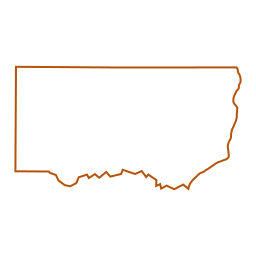 the district of Clinton, Iowa, United States of America
{"feature_id": "52423323B69668368996820", "entity_name": "Clinton", "entity_type": "district", "adm_level": 2, "iso_a3": "USA", "parent_name": "United States of America", "parent_adm1": "Iowa", "projection": "orthographic", "projection_center": [-90.349, 41.881], "detail": "fine", "context": "isolated", "style": "outline", "palette": "amber", "viewbox_px": 256, "rotation_deg": 0, "n_neighbors": 0, "source": "geoboundaries", "source_scale": "gbopen_adm2", "svg_char_len": 1089}
<svg xmlns="http://www.w3.org/2000/svg" viewBox="0 0 256 256"><path d="M15.8,101.6L15.4,171.3L48.7,171.5L49.9,172.9L55.9,175.0L58.5,180.5L64.7,185.1L70.2,186.3L76.4,183.0L78.7,177.3L87.0,174.6L88.8,178.0L95.0,174.1L99.2,177.7L106.3,172.0L110.3,176.6L121.1,174.0L122.7,169.8L135.1,174.0L141.7,171.0L146.2,177.1L148.3,174.6L156.4,180.1L156.2,185.9L160.1,184.1L161.2,188.6L166.6,185.6L174.2,189.2L183.2,184.6L188.4,188.8L188.8,186.6L190.1,183.5L192.5,180.3L199.7,173.4L204.2,171.5L205.6,170.3L208.6,168.5L210.4,167.2L216.4,163.1L218.0,162.3L226.6,159.1L228.4,157.6L228.7,156.7L228.8,155.6L228.4,151.4L227.8,147.2L227.8,145.9L228.4,143.1L228.5,142.6L230.4,139.0L231.0,137.5L231.1,134.0L231.9,129.9L233.3,127.0L235.7,121.3L236.7,117.9L236.8,114.3L237.2,109.0L237.3,108.1L237.0,107.3L235.7,105.3L234.6,104.2L233.6,102.6L233.3,101.0L233.5,98.1L234.1,96.1L236.6,90.9L238.1,89.3L238.8,88.1L238.9,85.3L240.5,82.2L240.6,79.3L240.3,77.0L239.5,74.7L238.2,72.6L237.9,71.6L237.8,70.0L237.4,68.9L237.2,68.4L236.4,67.4L119.6,67.5L16.0,66.8L15.8,101.6Z" fill="none" stroke="#b45309" stroke-width="2"/></svg>